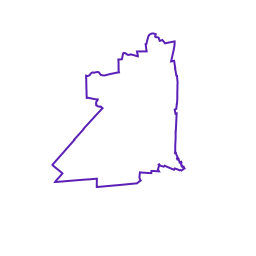 Jilava, Ilfov, Romania (Robinson projection), rotated 141°
{"feature_id": "2599482B22366315272934", "entity_name": "Jilava", "entity_type": "district", "adm_level": 2, "iso_a3": "ROU", "parent_name": "Romania", "parent_adm1": "Ilfov", "projection": "robinson", "projection_center": [26.086, 44.34], "detail": "fine", "context": "isolated", "style": "outline", "palette": "violet", "viewbox_px": 256, "rotation_deg": 141, "n_neighbors": 0, "source": "geoboundaries", "source_scale": "gbopen_adm2", "svg_char_len": 4639}
<svg xmlns="http://www.w3.org/2000/svg" viewBox="0 0 256 256"><g transform="rotate(141 128 128)"><path d="M209.9,146.9L210.0,146.6L209.9,146.1L209.9,145.7L208.8,140.5L207.7,135.2L207.5,134.0L208.3,133.8L211.7,133.2L213.2,132.9L215.0,132.7L217.2,132.3L217.7,132.2L217.9,132.1L218.0,132.1L218.6,131.9L215.7,129.8L214.7,129.2L213.3,128.2L212.2,127.4L211.9,127.3L209.6,125.7L205.5,122.9L200.8,119.7L193.8,114.9L191.4,113.2L189.3,111.7L184.1,108.2L189.4,101.8L185.9,99.4L173.8,91.3L171.2,89.5L158.6,81.2L155.8,79.3L152.5,79.4L151.9,79.5L151.9,79.2L151.4,79.2L151.2,79.2L151.1,80.0L150.8,81.0L150.6,81.6L150.4,82.0L150.1,82.5L149.8,82.9L146.6,86.0L146.1,85.4L139.7,79.5L138.3,78.3L136.8,79.9L135.0,78.3L131.4,75.0L131.2,74.8L130.8,76.9L130.8,77.0L128.7,78.4L128.2,78.7L127.9,78.8L127.5,79.1L127.4,79.4L127.3,79.7L127.3,79.9L127.3,80.4L126.7,80.6L126.6,81.0L126.6,80.6L126.8,79.6L126.4,78.1L126.2,77.7L124.6,75.5L124.1,75.4L124.0,75.5L123.9,75.5L123.7,75.5L123.2,75.6L123.0,75.2L121.6,72.4L118.6,66.7L117.9,67.0L117.7,67.0L117.4,67.0L117.4,66.7L117.2,66.7L116.9,66.9L115.0,63.7L114.8,62.9L114.2,62.6L113.8,62.5L113.2,61.3L111.5,61.2L109.5,61.0L109.4,61.7L109.2,62.6L110.0,62.8L110.0,63.0L109.8,62.9L109.6,63.9L110.2,64.1L109.9,64.8L109.6,65.6L109.9,65.6L109.6,66.2L109.4,66.2L109.1,66.9L109.4,66.9L109.1,67.9L108.1,67.7L107.9,68.3L109.5,68.8L109.3,69.3L108.9,70.5L108.7,70.9L108.4,71.9L108.9,72.0L109.4,72.4L109.5,72.5L109.1,73.5L108.8,73.3L108.3,73.1L108.1,73.0L108.1,73.3L107.0,77.3L106.7,78.3L106.5,78.5L107.2,78.9L104.6,81.8L103.1,83.7L102.1,84.9L97.4,90.1L93.3,95.2L93.2,95.1L89.5,99.2L89.4,99.3L85.5,103.7L85.4,103.8L81.0,108.8L82.1,109.2L80.1,112.9L78.4,112.5L75.5,115.5L75.4,115.4L72.4,118.4L69.5,121.9L66.2,125.9L66.0,126.1L65.4,126.8L64.8,127.6L64.6,127.7L63.4,129.2L62.3,130.5L60.9,132.1L60.6,132.4L59.4,134.3L57.1,137.7L57.5,138.2L55.9,141.0L54.4,143.9L53.9,144.4L54.1,144.5L53.7,145.2L53.3,145.7L52.7,146.4L52.5,146.6L52.2,147.3L50.7,149.8L49.9,151.2L52.4,152.5L52.6,152.6L48.8,155.6L43.9,159.5L42.5,160.6L40.7,162.2L40.0,162.9L39.3,163.6L38.2,164.8L37.3,166.0L45.9,170.5L45.9,171.9L45.9,172.4L45.9,172.7L45.9,173.0L45.9,173.6L45.9,174.0L46.0,174.6L46.0,174.8L46.4,174.9L46.8,175.1L47.8,175.4L48.5,175.7L48.5,175.9L48.1,176.8L47.8,177.7L47.4,178.7L47.4,178.8L47.5,179.3L47.8,179.7L48.1,179.9L48.5,180.4L48.9,180.8L49.3,181.3L49.4,181.7L49.4,182.0L49.2,182.2L48.7,182.5L47.8,183.1L47.5,183.3L47.4,183.5L47.6,183.7L48.3,184.8L48.7,185.4L49.2,185.8L49.9,186.3L50.5,186.6L51.7,186.9L52.6,187.0L53.2,186.9L53.7,186.7L54.3,186.5L55.0,186.1L55.8,185.5L56.2,185.2L57.0,184.6L58.1,183.9L58.9,183.2L59.7,182.6L60.1,182.3L60.5,182.0L60.9,181.7L61.1,181.9L61.5,182.1L63.0,179.7L64.5,177.2L65.1,176.1L65.3,175.8L65.6,176.1L66.0,176.4L66.8,177.0L68.8,178.6L69.6,179.2L71.0,180.4L72.7,181.6L72.9,181.8L73.3,181.1L74.0,179.6L74.5,178.5L74.9,177.9L75.3,177.5L76.2,178.8L76.9,179.9L78.2,181.7L78.6,182.2L79.1,182.9L79.6,183.6L79.8,183.7L80.0,183.7L80.2,183.8L80.7,183.9L80.8,184.0L81.1,184.2L81.3,184.3L81.5,184.5L81.8,184.7L82.1,185.0L82.4,185.5L82.5,185.7L82.5,185.8L82.5,186.0L82.6,186.3L82.8,187.2L82.8,187.5L83.0,187.7L83.0,187.8L83.2,188.1L83.4,188.2L83.5,188.4L83.8,188.7L84.0,188.9L84.1,189.0L84.4,189.1L84.9,189.0L88.5,186.1L89.3,185.3L89.7,185.3L89.9,185.5L92.4,187.3L94.6,184.2L94.9,183.9L96.4,182.0L97.2,181.0L98.3,179.6L99.4,178.2L100.0,176.9L100.8,177.4L101.7,177.9L102.5,178.4L103.1,178.7L103.9,179.1L104.5,179.4L105.3,179.8L106.1,180.2L106.5,180.4L107.2,180.9L108.0,181.2L108.7,181.5L110.1,182.2L111.2,182.7L112.5,183.2L113.1,183.6L113.7,184.1L114.3,184.6L114.6,185.0L115.2,185.7L115.6,186.1L115.8,187.1L115.7,188.0L115.6,188.9L115.7,189.8L116.0,190.2L116.2,190.4L116.5,190.8L116.9,191.0L117.9,191.5L118.6,191.9L119.2,192.1L119.9,192.7L120.3,193.2L120.8,193.6L121.8,193.7L122.9,193.8L123.0,193.7L123.7,193.4L123.9,193.3L124.6,193.2L125.5,193.4L126.2,193.6L127.0,194.0L127.3,194.5L127.6,195.0L127.7,194.9L127.8,194.9L129.1,193.1L131.2,190.3L131.3,190.2L131.5,190.0L134.5,186.1L135.0,185.5L136.7,183.2L139.9,179.1L140.9,177.5L141.1,177.3L140.4,176.9L140.2,176.8L139.9,176.5L139.4,175.9L138.0,174.2L135.0,170.5L134.4,169.9L133.8,169.5L133.5,169.3L133.6,169.1L134.1,168.9L134.6,168.7L135.5,168.4L136.5,168.1L137.6,166.9L137.8,166.6L137.7,166.3L138.4,165.6L138.2,165.1L137.6,163.5L136.7,162.5L136.2,162.1L136.0,161.7L135.7,161.7L135.3,159.4L138.4,159.0L145.4,158.0L150.7,157.2L162.1,155.5L162.8,155.4L162.8,155.2L163.4,155.0L166.4,154.5L170.9,153.8L174.1,153.3L177.1,152.8L177.1,152.5L179.3,152.1L181.7,151.7L182.2,151.6L189.0,150.5L193.4,149.7L197.8,149.0L209.5,147.0L209.9,146.9Z" fill="none" stroke="#5b21b6" stroke-width="2"/></g></svg>